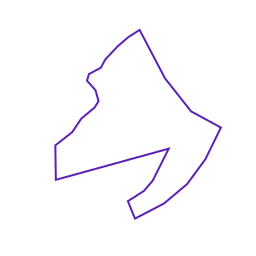 an SVG outline of Mellieħa, rotated 158°
{"feature_id": "MLT-5925", "entity_name": "Mellieħa", "entity_type": "state/province", "adm_level": 1, "iso_a3": "MLT", "parent_name": "Malta", "parent_adm1": "", "projection": "orthographic", "projection_center": [14.362, 35.96], "detail": "fine", "context": "isolated", "style": "outline", "palette": "violet", "viewbox_px": 256, "rotation_deg": 158, "n_neighbors": 0, "source": "natural_earth", "source_scale": "10m", "svg_char_len": 460}
<svg xmlns="http://www.w3.org/2000/svg" viewBox="0 0 256 256"><g transform="rotate(158 128 128)"><path d="M80.5,214.6L75.1,160.2L63.3,119.8L41.7,93.6L67.9,70.1L94.2,53.9L123.0,44.5L155.5,41.4L155.5,60.2L136.8,63.7L124.7,70.0L98.0,93.6L214.3,107.0L201.9,139.1L181.2,145.1L167.8,154.2L151.3,159.5L145.2,164.0L144.0,175.3L148.3,187.3L144.0,192.6L130.6,194.1L123.3,200.1L106.8,207.7L93.4,212.2L80.5,214.6Z" fill="none" stroke="#5b21b6" stroke-width="2"/></g></svg>